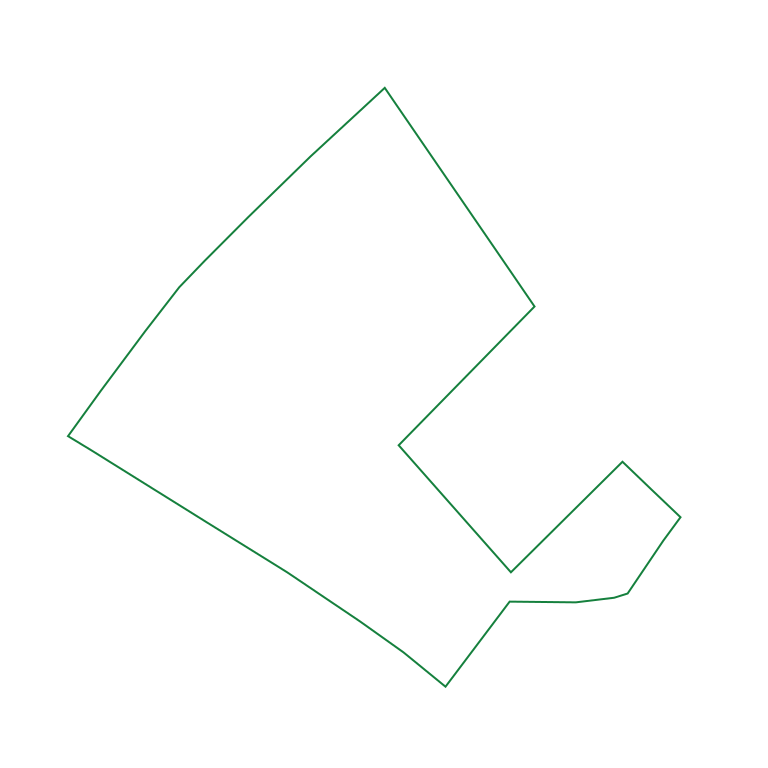 Arad, Arad, Romania (orthographic projection), rotated 6°
{"feature_id": "2599482B31785088370324", "entity_name": "Arad", "entity_type": "district", "adm_level": 2, "iso_a3": "ROU", "parent_name": "Romania", "parent_adm1": "Arad", "projection": "orthographic", "projection_center": [21.166, 46.054], "detail": "fine", "context": "isolated", "style": "outline", "palette": "green", "viewbox_px": 768, "rotation_deg": 6, "n_neighbors": 0, "source": "geoboundaries", "source_scale": "gbopen_adm2", "svg_char_len": 534}
<svg xmlns="http://www.w3.org/2000/svg" viewBox="0 0 768 768"><g transform="rotate(6 384 384)"><path d="M405.0,443.4L501.1,322.1L525.6,291.2L495.6,255.9L363.3,100.6L353.8,89.4L336.8,108.8L287.2,165.3L231.8,231.9L192.8,280.2L170.3,309.1L140.9,356.6L103.0,420.5L75.2,468.9L100.2,480.7L222.0,540.0L307.4,581.4L384.9,622.6L431.5,648.9L476.8,678.6L531.7,587.3L597.6,581.1L635.3,572.5L648.2,566.9L678.2,510.5L692.8,485.5L661.0,461.0L629.3,436.4L579.6,497.2L529.9,558.0L405.0,443.4Z" fill="none" stroke="#15803d" stroke-width="2"/></g></svg>